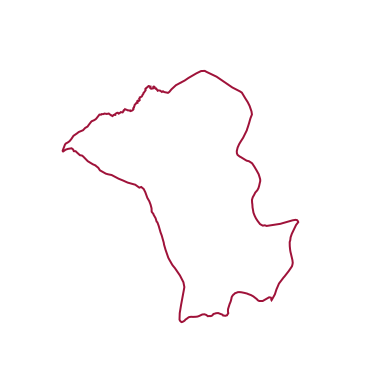 Sandu, Upper River, Gambia, rotated 218°
{"feature_id": "56634734B93657392024497", "entity_name": "Sandu", "entity_type": "district", "adm_level": 2, "iso_a3": "GMB", "parent_name": "Gambia", "parent_adm1": "Upper River", "projection": "robinson", "projection_center": [-14.362, 13.426], "detail": "fine", "context": "isolated", "style": "outline", "palette": "rose", "viewbox_px": 384, "rotation_deg": 218, "n_neighbors": 0, "source": "geoboundaries", "source_scale": "gbopen_adm2", "svg_char_len": 4661}
<svg xmlns="http://www.w3.org/2000/svg" viewBox="0 0 384 384"><g transform="rotate(218 192 192)"><path d="M318.8,144.5L318.5,144.6L317.6,147.6L316.3,149.6L313.8,152.3L311.8,152.3L310.3,151.4L308.8,152.5L307.1,152.3L303.0,152.0L301.1,153.0L299.6,153.0L293.1,152.1L287.1,152.8L284.5,153.5L284.4,153.4L280.8,153.4L277.9,152.4L271.2,153.4L269.0,154.3L265.8,155.9L258.0,157.3L253.4,158.6L248.5,159.8L244.1,161.6L241.2,162.8L236.2,163.0L235.1,164.7L231.9,164.6L228.7,163.1L223.6,159.9L219.9,158.4L216.8,156.5L213.8,154.2L211.6,151.6L208.8,150.9L208.4,150.5L204.5,148.9L201.7,146.9L200.6,146.8L197.4,144.8L191.9,140.8L189.1,139.1L183.1,134.7L181.6,133.3L178.4,131.0L177.6,130.4L170.2,125.6L167.0,124.2L166.4,124.0L164.8,123.3L162.2,122.3L158.6,121.5L150.1,118.8L143.2,115.6L140.1,112.9L139.5,112.4L137.7,109.0L137.6,108.8L131.2,96.5L127.1,89.0L123.3,83.8L122.3,83.2L120.8,83.0L120.2,83.0L119.5,83.8L118.8,85.5L118.6,86.4L118.6,87.6L118.2,88.5L117.8,90.2L117.3,91.6L115.9,93.1L114.3,94.2L112.1,96.1L111.0,97.2L110.1,98.6L109.6,99.6L108.5,101.8L106.9,103.3L105.1,103.9L103.0,103.9L102.5,104.5L101.0,105.6L100.3,106.5L100.0,107.5L100.0,109.1L99.2,110.1L98.5,111.2L97.2,112.4L96.9,112.7L92.4,114.1L91.4,113.8L91.0,114.1L89.5,115.0L88.5,116.4L88.7,117.4L88.7,118.6L89.3,119.3L89.8,119.6L90.6,120.6L91.5,121.9L92.0,123.2L93.5,127.2L93.6,127.7L94.0,129.1L94.4,130.2L95.4,132.5L95.7,132.9L96.1,134.0L96.2,135.1L96.2,136.6L95.9,137.5L95.8,138.7L95.0,139.9L94.2,141.3L92.9,142.4L91.3,143.4L90.1,144.0L88.5,144.8L86.0,145.9L85.1,146.1L82.9,146.8L82.0,147.1L79.4,147.5L75.0,147.5L73.5,147.2L71.9,147.5L69.2,149.6L66.4,156.5L64.9,157.3L63.9,157.0L63.7,157.0L63.3,156.0L62.7,155.7L62.7,156.0L63.5,161.2L63.7,162.4L65.5,167.3L65.9,168.9L67.1,173.4L67.2,180.7L67.2,181.5L67.1,181.9L67.1,185.0L67.1,188.2L67.1,189.2L67.4,193.8L67.5,194.9L67.6,195.3L68.2,196.7L69.0,198.2L71.0,200.2L77.6,205.5L78.6,206.4L79.7,207.5L81.7,209.6L84.2,212.7L84.9,214.5L86.4,217.0L87.6,220.5L88.1,222.8L89.5,229.2L89.7,230.1L89.7,233.6L90.3,234.1L91.9,234.5L93.3,233.8L95.3,231.6L101.5,223.1L102.7,221.4L112.3,211.2L114.1,210.6L115.5,209.1L117.1,208.8L118.7,208.6L119.4,208.8L122.5,209.6L125.4,210.6L128.1,211.9L130.1,213.1L130.9,213.6L134.1,216.5L134.6,216.9L137.1,219.7L137.8,220.3L139.9,222.7L140.9,225.3L141.0,226.0L141.3,228.1L141.8,230.5L141.6,233.6L142.0,235.9L142.8,238.0L143.8,240.1L145.0,242.7L145.7,243.5L145.8,243.6L146.1,244.0L148.3,245.6L150.2,246.9L150.3,247.0L154.0,248.6L157.8,250.1L158.6,250.4L161.6,251.4L162.2,251.6L163.0,251.6L166.1,251.3L168.3,250.3L174.6,249.6L175.6,249.5L176.0,249.3L176.9,249.3L178.9,249.3L180.4,250.1L181.9,251.8L183.4,255.1L184.3,258.7L184.7,261.8L185.1,266.2L185.6,268.6L186.8,274.4L187.2,275.3L188.1,277.9L189.5,281.6L190.0,282.8L191.3,286.0L192.5,290.0L194.7,292.1L199.3,295.1L199.8,295.4L203.4,297.1L207.9,298.7L213.9,301.0L216.2,300.8L224.6,299.2L243.6,298.0L254.5,295.6L256.5,295.3L259.3,292.9L261.6,288.2L265.0,279.7L266.4,275.3L267.8,272.2L270.4,266.3L271.4,260.3L271.5,256.8L272.0,255.3L272.4,255.2L272.7,255.0L275.5,253.6L276.9,253.5L277.3,252.3L279.4,252.3L281.2,251.3L281.4,250.7L282.8,251.1L283.8,251.5L284.1,251.0L284.8,251.0L286.1,251.7L286.8,251.7L287.2,251.4L287.2,250.9L286.5,250.2L286.4,249.8L287.2,248.8L287.8,248.2L288.8,248.2L289.1,249.0L289.6,249.5L290.2,248.8L290.5,248.7L290.9,249.0L291.2,249.0L291.5,248.7L291.5,248.4L291.9,246.5L291.9,246.1L291.9,245.5L292.2,245.3L292.2,244.4L291.2,243.6L291.1,241.1L291.2,240.1L290.8,239.6L290.8,238.0L290.5,237.4L290.4,236.3L290.7,235.8L290.8,235.2L291.4,234.4L291.0,233.8L291.0,233.3L291.0,232.8L290.3,232.5L289.8,232.3L289.8,231.7L290.1,230.3L291.0,230.4L291.1,229.9L290.4,228.8L290.0,228.5L290.7,227.9L290.6,226.6L290.8,226.1L290.8,225.3L290.3,224.5L290.3,223.8L289.7,222.8L289.9,221.8L289.1,221.2L289.1,220.5L289.1,220.1L289.4,219.3L289.7,218.7L290.0,218.3L290.3,217.9L290.9,218.2L291.3,217.7L292.1,217.4L292.8,216.8L293.3,216.7L294.3,216.5L295.3,216.0L295.8,216.0L295.8,215.0L296.1,214.6L296.1,213.9L295.7,213.5L295.7,212.0L297.3,211.1L297.4,210.4L297.5,210.1L297.7,209.4L298.0,208.6L298.4,208.6L299.1,208.8L299.7,208.4L300.3,206.9L300.5,206.1L300.0,205.5L300.3,205.3L301.2,204.5L301.2,203.7L301.5,202.8L302.6,202.9L302.9,202.6L304.3,202.6L304.9,202.5L305.9,202.6L306.5,201.8L306.9,201.5L306.9,201.4L307.2,201.0L308.4,200.4L309.3,199.9L309.6,199.3L309.6,199.0L311.3,197.6L311.3,196.9L312.6,196.0L312.6,191.2L312.7,190.1L313.3,188.4L314.6,186.0L314.7,185.4L314.7,182.3L314.7,181.8L314.6,179.2L315.6,176.8L315.9,173.6L318.2,169.5L318.7,167.4L320.0,163.3L319.7,159.4L319.8,156.6L320.4,154.5L321.3,152.5L321.3,151.2L319.4,145.0L318.8,144.5Z" fill="none" stroke="#9f1239" stroke-width="2"/></g></svg>